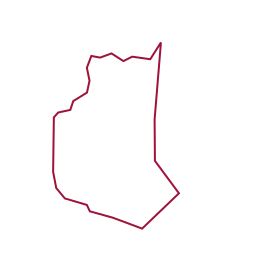 an SVG outline of Rochdale, rotated 293°
{"feature_id": "GBR-5680", "entity_name": "Rochdale", "entity_type": "Metropolitan Borough", "adm_level": 1, "iso_a3": "GBR", "parent_name": "United Kingdom", "parent_adm1": "", "projection": "equal_earth", "projection_center": [-2.125, 53.611], "detail": "fine", "context": "isolated", "style": "outline", "palette": "rose", "viewbox_px": 256, "rotation_deg": 293, "n_neighbors": 0, "source": "natural_earth", "source_scale": "10m", "svg_char_len": 444}
<svg xmlns="http://www.w3.org/2000/svg" viewBox="0 0 256 256"><g transform="rotate(293 128 128)"><path d="M219.6,124.9L146.4,149.1L108.3,165.6L87.8,200.4L40.9,180.3L39.5,149.1L36.4,125.4L41.1,120.2L38.5,97.4L44.7,85.4L58.4,76.2L108.8,55.6L115.0,57.7L122.1,67.8L131.4,67.1L144.6,76.4L156.5,74.1L167.4,66.6L180.0,66.1L181.9,74.8L190.2,83.7L187.8,97.6L195.3,104.0L200.0,121.6L219.6,124.9Z" fill="none" stroke="#9f1239" stroke-width="2"/></g></svg>